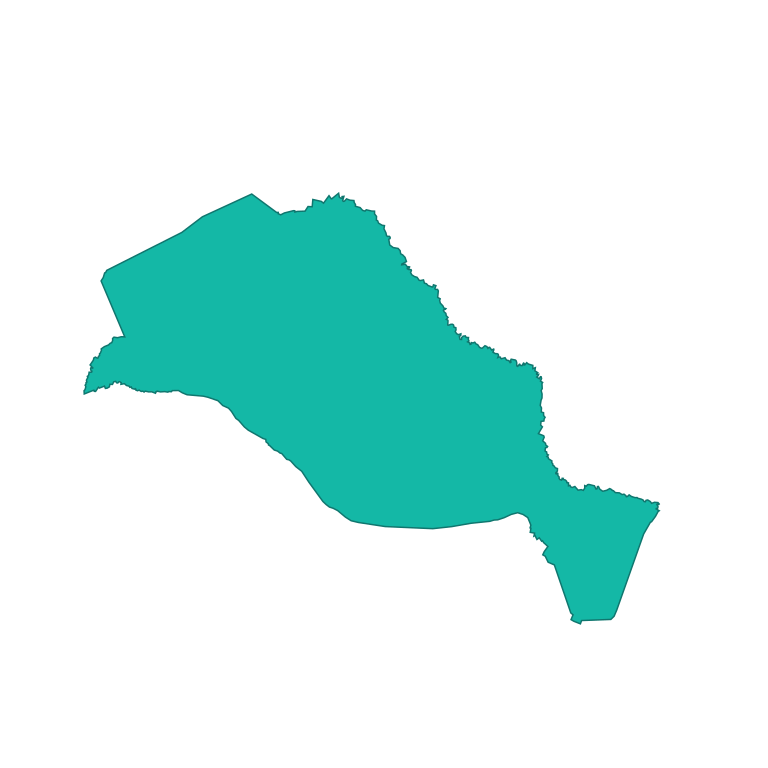 outline of Chuen Chom, Maha Sarakham, Thailand, rotated 108°
{"feature_id": "78962969B88411393036982", "entity_name": "Chuen Chom", "entity_type": "district", "adm_level": 2, "iso_a3": "THA", "parent_name": "Thailand", "parent_adm1": "Maha Sarakham", "projection": "albers", "projection_center": [103.14, 16.548], "detail": "fine", "context": "isolated", "style": "filled", "palette": "teal", "viewbox_px": 768, "rotation_deg": 108, "n_neighbors": 0, "source": "geoboundaries", "source_scale": "gbopen_adm2", "svg_char_len": 6146}
<svg xmlns="http://www.w3.org/2000/svg" viewBox="0 0 768 768"><g transform="rotate(108 384 384)"><path d="M486.1,666.0L479.7,658.3L479.6,657.7L480.5,657.3L480.2,656.0L475.3,654.6L475.8,653.4L472.4,649.2L474.3,647.6L473.5,646.0L471.6,644.3L469.0,644.6L468.3,642.1L465.4,641.7L464.4,640.0L465.5,638.7L465.3,637.5L463.7,636.8L463.5,636.1L463.9,634.4L465.6,634.1L463.9,631.0L465.0,628.5L464.8,625.8L465.7,624.7L464.9,623.5L466.1,622.3L466.0,619.7L465.3,619.2L465.6,618.4L466.4,618.2L466.6,616.4L465.5,615.0L466.1,612.6L465.3,611.2L465.8,609.7L464.6,608.9L464.2,605.3L463.2,602.5L463.4,598.5L462.0,598.6L461.7,597.9L460.9,597.6L460.6,594.2L459.0,590.2L458.5,587.0L457.7,586.4L457.0,583.8L455.7,583.3L453.7,577.4L454.7,573.1L455.1,568.0L451.4,552.1L451.0,547.3L451.2,536.8L454.3,530.7L455.0,524.4L457.3,520.5L462.5,514.2L463.5,511.0L468.0,503.5L469.9,498.7L473.2,482.3L473.2,479.3L475.5,478.3L476.5,475.6L477.7,475.0L477.8,473.9L480.7,468.0L480.7,464.5L481.8,461.5L481.7,459.8L485.7,453.3L485.5,450.8L486.1,448.8L489.8,442.4L492.4,435.3L500.6,425.1L514.6,405.8L516.5,401.8L517.9,397.9L517.9,393.9L518.7,389.0L522.5,379.6L524.2,373.0L523.6,365.5L519.2,338.8L506.5,292.9L498.7,275.5L489.6,258.3L481.9,240.9L479.4,237.3L478.0,233.8L474.0,228.4L468.7,222.7L465.1,217.1L465.1,211.5L466.6,206.0L471.4,201.9L472.9,200.7L475.7,200.6L475.8,199.7L479.9,199.1L479.3,194.7L482.3,194.4L481.4,193.6L484.6,190.5L482.3,188.8L484.8,185.5L484.1,184.8L485.5,183.2L487.9,177.9L493.8,179.8L497.4,180.2L498.0,177.4L502.8,172.8L503.4,166.1L544.0,135.6L545.1,132.9L550.3,133.3L551.0,130.0L551.4,123.1L547.9,123.0L537.8,95.5L533.8,93.4L527.1,92.8L446.4,90.7L433.1,87.9L432.4,87.0L426.0,84.9L420.5,83.9L419.5,83.1L418.7,86.6L418.2,86.6L417.7,85.4L416.6,85.4L415.8,85.6L414.2,87.3L413.7,86.8L413.7,85.5L413.1,85.2L412.1,86.8L412.9,90.2L414.8,92.6L413.5,94.4L412.8,97.3L413.6,98.8L415.2,99.1L415.4,100.4L414.3,101.7L414.0,103.5L414.2,107.4L413.8,108.2L414.5,110.2L414.5,113.9L413.7,116.6L415.7,117.7L416.3,118.7L415.4,119.5L414.6,121.7L415.6,123.4L414.8,126.5L415.8,130.4L414.6,132.8L414.7,134.1L414.1,134.8L413.7,137.0L416.3,139.4L418.4,142.8L417.4,146.2L415.2,148.4L415.6,149.3L417.8,149.0L418.4,149.9L415.8,152.4L416.2,158.1L416.8,159.2L418.7,160.1L418.6,161.7L421.1,160.9L423.6,161.6L423.5,163.7L425.0,166.6L422.5,170.8L424.2,172.9L424.2,174.5L422.9,175.9L423.8,177.1L421.0,178.0L421.3,179.6L420.2,180.1L419.3,181.7L419.3,184.4L418.4,184.4L418.6,185.4L420.5,185.4L420.5,187.2L419.7,188.3L418.3,188.7L417.4,190.3L415.3,191.1L415.2,191.9L416.3,192.4L416.1,192.9L415.1,193.1L413.2,192.2L410.8,192.9L410.8,195.1L409.2,197.3L409.2,198.2L407.7,198.9L406.8,200.3L405.3,200.5L404.2,204.6L402.8,205.2L402.7,206.7L400.7,205.8L400.3,207.4L398.3,208.4L398.2,209.8L397.1,210.4L394.7,210.7L394.0,209.4L392.8,209.1L392.1,211.2L390.5,212.1L389.0,215.5L385.1,215.2L383.9,216.1L383.5,221.8L375.8,220.1L374.7,222.3L371.0,223.1L369.8,220.5L367.6,220.9L365.9,220.5L364.7,222.4L362.0,223.4L362.0,225.8L358.1,226.8L356.1,228.8L350.9,229.6L348.5,229.4L344.6,230.6L341.7,232.5L339.5,232.1L334.8,233.9L333.5,233.6L332.9,236.1L330.2,235.8L328.6,236.7L328.7,237.5L331.0,238.0L330.2,240.9L328.5,240.0L327.0,239.9L327.7,241.8L326.9,242.1L325.7,241.3L324.8,244.6L321.7,245.1L323.4,247.2L320.3,248.2L320.4,252.9L319.6,254.9L322.4,256.0L322.6,256.9L321.1,257.1L321.0,257.8L323.9,258.4L324.2,260.3L323.3,260.8L323.3,261.3L325.9,262.3L325.7,263.3L322.4,264.5L320.9,265.7L320.6,266.5L321.1,270.7L322.4,270.9L324.0,270.0L324.7,270.6L323.2,272.5L323.4,274.9L321.6,277.0L323.7,280.2L323.5,280.9L322.5,281.6L322.7,283.0L323.6,283.9L321.4,283.9L320.4,284.6L320.2,285.7L320.7,287.6L320.1,290.2L317.5,290.1L316.9,290.5L318.4,292.1L316.5,294.8L316.6,295.4L318.0,296.2L316.6,297.7L316.4,299.8L319.4,301.5L319.9,302.5L319.6,304.5L317.6,307.1L317.5,308.8L316.2,310.6L317.5,312.1L317.6,313.7L319.3,313.6L319.8,314.4L318.4,315.4L318.1,317.5L316.8,316.5L315.4,317.7L313.7,318.0L314.3,320.3L313.1,321.5L314.0,323.5L315.9,324.5L317.7,324.0L318.1,325.5L315.6,327.0L313.9,326.0L312.5,326.4L314.1,328.5L313.7,330.5L312.1,332.5L310.3,332.2L308.2,333.1L308.4,334.9L306.4,336.1L306.0,337.2L306.5,338.8L308.1,340.7L308.2,341.6L304.0,342.7L303.5,343.2L303.3,344.7L300.9,343.7L299.8,345.9L297.7,347.0L296.8,349.1L295.7,350.2L295.0,350.1L294.0,348.7L293.2,348.4L293.3,350.5L291.5,352.1L289.7,355.4L287.4,356.9L285.6,356.9L285.1,359.7L278.7,361.1L277.5,362.3L278.1,364.2L277.6,365.1L274.4,365.0L274.4,367.6L276.6,367.6L276.9,368.3L276.7,372.6L275.5,374.6L275.6,376.7L272.8,378.6L274.4,381.4L274.5,382.6L272.3,385.5L272.4,388.2L271.6,391.2L269.8,393.2L267.6,393.0L266.9,393.6L267.5,396.1L267.2,397.5L266.5,397.6L265.7,395.8L264.7,395.9L265.2,398.3L263.5,400.7L265.2,404.0L264.4,404.1L260.6,400.5L257.1,403.1L255.5,406.0L255.0,408.4L252.2,409.9L250.7,412.5L251.4,417.4L250.0,421.5L244.9,424.2L243.8,423.2L242.5,423.5L241.9,424.7L242.6,426.3L242.0,427.5L239.6,428.9L236.4,432.0L233.2,432.5L233.6,434.8L232.7,438.9L230.7,440.5L230.5,441.9L226.9,442.9L225.2,445.5L222.5,446.4L223.3,448.9L223.8,454.7L225.4,455.5L225.5,458.0L223.6,461.2L223.8,466.1L222.1,466.6L220.6,468.4L218.8,469.3L219.7,473.2L219.5,476.8L222.3,478.1L222.9,479.2L222.2,480.0L217.9,480.1L218.7,481.8L220.4,481.2L220.6,482.8L220.1,484.2L216.6,486.1L224.0,490.9L224.1,491.5L221.9,494.5L230.7,497.4L229.7,500.1L230.5,508.7L237.6,507.1L238.7,511.1L244.0,512.5L246.7,519.9L248.0,521.9L246.8,522.4L247.1,523.6L252.1,531.6L255.0,534.5L254.7,537.3L253.5,537.6L254.0,539.2L244.2,568.5L281.1,608.4L302.3,623.1L361.6,682.8L364.0,683.2L364.7,684.0L369.4,683.9L373.4,684.9L419.3,645.1L420.2,648.4L422.3,651.7L422.9,655.3L424.6,656.2L426.4,655.5L428.8,655.7L429.9,657.0L431.9,658.0L434.9,661.5L438.0,663.8L439.4,663.1L442.5,663.4L443.1,663.9L444.9,663.3L445.9,664.1L447.5,664.0L448.0,664.6L447.6,666.8L448.9,668.0L451.2,667.8L456.7,669.4L458.7,665.9L459.1,666.2L458.8,667.4L459.2,667.8L460.1,667.8L461.8,666.8L462.0,665.8L462.7,665.6L463.3,666.0L463.9,668.1L466.0,667.7L467.6,667.8L468.4,668.5L469.3,667.7L472.3,668.2L474.0,667.2L474.7,667.8L476.2,667.4L477.5,667.9L478.4,666.9L479.3,666.7L481.7,666.6L483.1,667.2L486.1,666.0Z" fill="#14b8a6" stroke="#0f766e" stroke-width="1.5"/></g></svg>